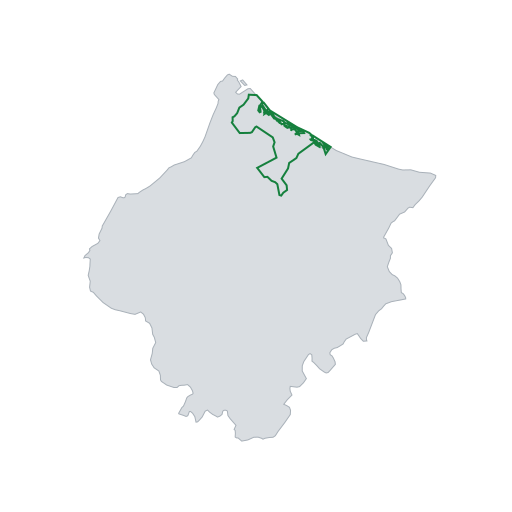 Ivory Coast, with Lagunes highlighted, rotated 217°
{"feature_id": "CIV-3458", "entity_name": "Lagunes", "entity_type": "Department", "adm_level": 1, "iso_a3": "CIV", "parent_name": "Ivory Coast", "parent_adm1": "", "projection": "robinson", "projection_center": [-4.434, 5.74], "detail": "medium", "context": "in_parent", "style": "outline", "palette": "green", "viewbox_px": 512, "rotation_deg": 217, "n_neighbors": 0, "source": "natural_earth", "source_scale": "10m", "svg_char_len": 5534}
<svg xmlns="http://www.w3.org/2000/svg" viewBox="0 0 512 512"><g transform="rotate(217 256 256)"><path d="M140.2,113.9L141.7,113.8L145.3,112.6L148.7,109.9L151.8,104.2L156.0,99.6L160.7,99.9L162.1,99.0L163.7,98.9L165.7,101.9L167.7,104.2L169.1,104.3L170.1,108.7L178.7,110.5L182.4,111.7L185.5,114.9L186.6,114.9L187.9,114.3L188.9,113.2L189.1,111.9L187.8,109.1L188.4,106.5L189.8,104.2L192.0,104.0L195.3,103.4L199.2,103.4L202.0,103.8L203.2,101.5L202.1,95.0L202.4,91.4L202.8,88.4L203.9,87.2L208.2,90.9L212.1,92.3L214.8,92.4L215.6,91.7L214.4,87.6L214.8,86.3L215.8,85.6L217.6,85.2L222.6,83.5L223.1,83.8L224.0,90.3L223.6,92.5L224.6,96.9L225.9,101.0L225.8,102.7L224.8,105.2L223.5,107.6L223.6,108.5L225.6,110.1L229.4,111.8L233.3,112.1L235.5,109.7L237.8,107.8L239.4,106.1L239.9,103.5L242.4,101.6L249.6,99.2L256.1,98.9L257.7,99.6L260.6,103.2L264.4,105.7L270.1,105.4L274.2,106.9L277.8,109.6L280.2,115.7L282.9,120.2L284.0,126.5L288.2,129.8L291.4,131.3L295.8,135.9L300.4,138.2L305.1,137.7L307.3,140.1L310.8,141.8L314.4,141.9L317.5,136.6L321.6,134.5L331.9,130.3L336.0,128.4L340.1,127.2L350.1,126.8L359.4,128.1L364.0,129.1L367.1,128.4L370.1,130.9L373.2,136.1L375.8,137.8L378.4,139.6L380.3,143.8L382.5,147.9L383.8,149.7L386.5,153.8L388.9,153.8L391.3,152.1L392.3,150.8L392.8,153.5L391.8,157.8L392.0,160.5L393.3,161.5L392.6,165.0L389.9,170.9L389.9,174.4L392.6,175.5L394.5,179.2L395.7,185.5L396.9,187.6L397.0,188.9L399.0,204.3L401.4,219.7L399.9,221.7L397.7,222.3L396.4,223.0L396.0,224.4L396.9,226.5L396.3,228.4L393.7,229.8L387.9,234.7L387.5,236.6L386.0,240.8L384.7,243.3L382.8,248.0L379.8,260.5L378.7,270.8L378.6,274.0L377.4,276.2L376.1,279.4L369.9,288.3L366.7,295.5L367.1,298.7L367.2,301.9L366.3,304.1L366.5,310.2L367.3,315.4L368.4,320.4L372.9,334.6L375.3,343.2L376.8,350.2L378.1,354.9L379.3,356.8L379.8,358.6L386.5,359.9L387.8,360.9L389.7,370.0L389.4,374.1L388.0,375.6L388.1,379.1L387.8,383.4L386.8,385.1L383.0,385.3L380.5,387.0L377.1,386.3L376.8,385.2L374.9,384.8L369.9,382.4L370.8,374.5L368.4,374.2L366.6,375.2L363.1,384.7L361.4,386.3L336.4,381.4L331.0,377.5L324.5,376.6L313.2,377.1L303.8,378.2L301.2,380.6L324.7,379.2L327.3,379.5L328.5,380.9L298.7,384.0L287.3,385.9L283.9,385.4L281.4,382.4L269.0,382.0L266.5,383.0L264.9,385.2L269.8,384.7L277.5,384.6L279.5,386.3L255.5,388.5L238.9,392.8L231.8,395.9L208.5,406.3L194.4,411.2L190.6,413.0L184.2,418.0L175.9,421.2L166.6,427.2L160.9,428.5L159.7,426.6L159.5,416.5L158.7,403.0L159.0,397.9L159.8,393.0L159.8,389.0L162.6,387.5L163.4,385.8L163.8,380.6L166.5,375.8L166.5,367.5L167.3,365.8L167.9,363.6L166.8,358.1L165.4,347.8L164.6,347.2L164.0,347.6L162.5,347.8L156.7,344.2L152.2,343.6L149.0,340.6L148.8,337.1L147.3,335.1L146.2,331.1L144.7,326.5L140.2,323.8L136.1,323.1L133.1,323.7L129.6,323.5L125.7,322.0L122.9,320.2L120.3,316.9L117.9,314.2L116.0,314.5L113.6,313.9L111.3,312.7L110.6,311.8L120.3,301.1L123.6,295.9L123.9,292.7L124.0,289.4L125.0,286.1L125.3,281.1L120.0,262.8L118.7,257.2L117.2,255.5L116.3,254.9L119.0,252.5L122.7,253.1L128.4,255.0L129.7,253.2L134.0,243.9L133.9,240.5L133.5,238.1L136.0,231.8L138.0,229.4L139.1,226.7L138.8,223.1L137.3,221.8L135.3,222.0L132.9,221.1L129.2,219.1L127.4,217.2L128.0,208.9L128.3,206.3L129.6,204.8L131.6,204.4L137.3,204.2L141.8,205.1L145.9,205.7L148.0,205.7L149.7,208.1L152.0,210.7L154.1,210.6L154.8,208.8L154.3,200.5L153.0,196.2L149.9,192.0L142.0,188.4L141.8,183.4L142.6,177.9L144.3,175.9L150.2,172.5L149.2,170.6L147.3,168.6L143.6,166.6L144.5,160.1L144.6,154.3L141.5,155.0L138.2,155.3L135.5,153.5L133.2,150.0L132.8,140.3L132.8,129.1L132.4,124.1L133.3,121.5L136.1,119.1L139.1,115.9L140.2,113.9ZM373.9,386.4L372.6,388.6L366.2,387.2L367.7,385.4L373.9,386.4Z" fill="#d9dde1" stroke="#a8b0b8" stroke-width="1"/><path d="M352.3,384.9L343.7,383.2L343.5,380.5L341.9,383.1L330.9,380.2L330.1,379.0L332.0,379.2L333.4,377.9L334.9,379.4L335.0,377.9L341.0,380.1L340.6,379.0L343.2,379.0L343.8,378.1L341.8,373.6L339.6,373.0L339.1,373.9L342.9,377.9L342.5,378.6L340.0,378.6L336.6,376.9L336.0,375.7L335.4,376.4L334.7,374.5L334.0,376.3L329.8,376.4L333.1,377.5L330.8,378.8L324.3,376.7L322.6,377.5L320.7,376.7L318.7,378.0L318.0,377.9L318.4,376.7L317.1,376.5L316.0,377.1L314.9,376.6L313.5,378.6L311.5,377.1L310.0,378.1L309.9,377.1L308.1,377.2L307.2,378.6L308.6,379.4L304.3,379.0L303.3,377.1L303.6,379.0L301.0,380.5L299.1,379.9L297.4,380.8L296.1,379.7L298.4,379.7L297.4,378.6L298.1,376.4L296.7,378.3L294.5,378.6L295.8,379.7L291.6,383.1L293.7,384.2L296.6,381.9L297.4,382.7L301.2,382.0L303.5,382.7L304.6,382.3L303.0,381.6L304.9,380.8L305.3,381.6L310.5,380.5L310.8,381.3L311.8,379.7L315.6,380.1L321.5,378.2L327.4,378.0L328.8,378.6L326.9,379.0L330.4,380.8L300.6,383.6L287.6,386.4L283.4,386.0L284.0,385.3L282.6,385.3L282.0,382.7L282.6,381.9L282.0,381.7L277.1,383.5L275.0,381.9L271.9,382.0L271.3,381.3L275.4,380.8L277.4,381.7L278.3,380.9L283.7,363.2L282.7,358.5L285.5,350.3L283.1,345.2L282.1,333.2L274.1,330.9L270.9,327.4L272.3,323.0L272.2,319.4L274.0,318.8L282.2,326.2L285.1,326.5L288.8,325.4L294.5,326.1L296.8,324.0L308.1,327.1L298.8,346.9L308.2,353.8L309.6,358.0L314.0,360.8L333.5,359.7L334.1,358.4L333.8,352.4L334.8,350.8L343.0,344.4L355.6,348.0L355.8,349.7L358.2,352.7L357.3,354.5L357.0,358.7L358.6,364.5L357.0,369.3L357.0,377.2L358.8,380.5L352.3,384.9ZM267.0,383.1L268.3,382.7L266.3,384.5L266.3,383.5L265.3,386.4L263.7,383.8L262.7,384.2L263.4,385.7L265.4,386.7L267.7,387.0L269.6,386.4L266.3,385.3L269.0,383.8L273.1,384.7L273.9,383.8L273.0,383.9L271.6,382.3L273.8,382.4L276.7,384.3L280.9,383.5L282.4,386.4L262.0,388.0L261.7,379.3L267.0,383.1Z" fill="none" stroke="#15803d" stroke-width="2"/></g></svg>